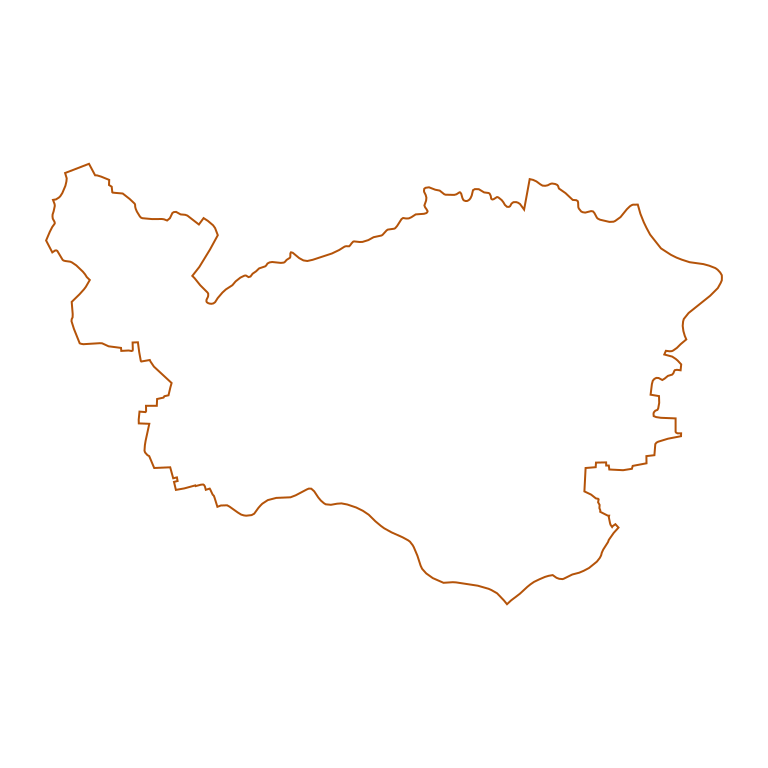 the district of Cam Giang, Hải Dương, Vietnam
{"feature_id": "81297802B85581314164043", "entity_name": "Cam Giang", "entity_type": "district", "adm_level": 2, "iso_a3": "VNM", "parent_name": "Vietnam", "parent_adm1": "Hải Dương", "projection": "orthographic", "projection_center": [106.206, 20.951], "detail": "fine", "context": "isolated", "style": "outline", "palette": "amber", "viewbox_px": 768, "rotation_deg": 0, "n_neighbors": 0, "source": "geoboundaries", "source_scale": "gbopen_adm2", "svg_char_len": 6076}
<svg xmlns="http://www.w3.org/2000/svg" viewBox="0 0 768 768"><path d="M507.0,604.2L511.1,600.4L519.8,593.8L527.4,586.8L530.5,584.3L534.0,581.9L539.4,579.3L545.0,576.9L548.7,575.8L552.7,575.1L556.5,577.8L559.2,578.8L562.6,579.1L563.8,578.7L572.3,574.5L579.2,572.7L583.7,570.8L589.0,568.0L596.9,561.6L599.8,557.9L601.1,555.4L601.8,552.7L603.2,549.6L608.0,542.1L608.8,539.9L613.7,532.9L618.5,527.6L615.4,524.2L612.7,526.1L612.1,527.0L610.5,524.7L610.0,523.0L608.8,517.1L609.1,515.7L607.9,515.7L600.2,511.8L600.3,510.3L599.4,508.1L599.6,504.9L598.1,502.3L598.6,499.3L598.1,498.8L595.9,498.4L591.1,494.6L584.4,491.4L585.6,468.0L595.7,467.2L596.0,462.6L606.1,462.4L606.2,465.5L608.8,465.5L609.3,469.5L623.1,470.2L631.9,468.8L632.7,465.9L646.5,463.3L646.4,456.1L654.4,455.2L655.3,444.1L656.5,442.6L658.2,441.7L668.0,438.7L681.0,436.2L681.1,433.3L677.4,433.3L676.1,432.6L675.6,431.8L675.6,418.4L660.9,417.8L656.2,417.1L653.7,416.1L653.5,413.9L653.8,412.4L655.3,410.7L657.4,409.9L658.2,408.4L659.2,402.9L659.0,396.1L650.6,394.7L651.9,384.1L652.8,380.7L654.4,378.9L656.3,377.9L658.6,378.0L662.3,380.0L664.5,378.7L667.9,375.9L672.2,374.6L673.4,373.2L674.2,371.1L674.8,370.2L676.9,369.8L680.6,370.3L681.2,364.4L677.7,360.6L675.7,358.9L672.2,356.6L664.3,354.5L665.9,350.8L669.7,351.3L671.9,351.1L673.2,350.5L676.9,347.9L680.6,344.2L686.3,339.4L684.8,335.9L683.4,331.1L682.7,325.9L683.1,321.5L683.8,319.0L688.6,313.0L710.1,295.8L717.8,288.1L720.7,282.9L721.8,280.3L721.9,277.5L721.8,275.2L720.2,272.5L717.6,269.7L715.4,268.1L709.2,265.7L703.4,264.1L689.6,262.2L681.9,259.7L676.5,257.6L670.9,254.8L661.0,248.4L650.1,234.6L646.5,227.9L643.8,222.3L640.4,213.8L637.8,204.6L632.9,204.7L631.6,205.2L629.9,206.3L626.9,209.2L620.5,217.1L615.1,221.0L613.5,221.7L609.4,221.9L600.0,219.7L597.8,218.6L596.9,217.7L594.4,213.0L593.0,211.4L591.1,211.1L585.2,212.6L582.7,212.2L581.2,211.5L578.8,208.5L578.3,207.1L578.1,202.3L577.7,201.1L576.3,200.2L572.7,199.9L565.5,193.1L558.9,188.5L558.1,186.0L557.2,184.9L555.2,184.0L552.0,183.5L550.4,183.9L547.7,185.3L545.2,185.8L542.5,185.6L540.3,184.3L536.4,181.4L533.1,179.9L529.7,179.1L524.1,209.6L520.0,204.0L518.0,202.7L516.2,202.1L513.4,202.2L511.5,203.6L510.1,206.2L508.9,206.9L507.0,206.8L504.9,204.9L503.4,202.3L501.7,200.1L498.6,197.6L497.6,197.1L496.9,197.1L493.8,199.1L492.6,199.5L491.7,199.2L491.2,198.6L490.7,195.8L489.6,193.6L488.6,193.0L484.1,192.4L478.8,189.2L474.9,189.1L473.0,190.2L471.7,195.6L470.5,198.2L469.4,199.6L468.1,200.5L467.0,201.0L465.5,201.0L463.9,200.4L463.2,199.7L462.4,198.0L461.2,193.7L460.2,192.4L459.5,192.3L456.4,194.3L454.2,194.9L445.5,194.7L444.2,194.2L439.7,190.6L435.2,189.7L429.0,187.3L425.6,187.8L424.3,188.7L424.0,190.5L424.1,191.8L425.7,195.0L426.4,197.7L426.1,200.6L424.4,205.4L425.1,207.3L426.5,209.2L427.6,211.2L427.2,212.3L426.3,213.1L424.0,213.8L415.7,214.4L411.4,217.2L408.8,218.4L406.1,218.5L403.1,218.0L401.5,219.1L397.1,226.0L395.2,228.2L394.2,228.7L387.8,229.6L386.6,230.4L382.5,234.9L381.5,235.5L373.6,237.2L368.3,240.1L362.5,241.9L359.7,242.0L354.0,241.4L353.1,241.7L351.6,243.3L350.0,245.5L349.1,246.3L346.1,246.2L344.6,246.6L339.2,250.0L331.9,253.5L312.7,259.8L307.3,261.0L303.4,260.4L299.2,258.1L292.8,252.8L291.0,252.3L290.4,253.3L290.3,256.9L289.9,257.8L286.6,259.9L285.0,261.8L283.8,262.6L280.8,262.9L272.2,262.0L269.6,262.4L267.5,263.5L266.1,265.6L265.1,266.4L259.1,268.4L256.1,271.3L252.6,273.7L250.5,276.5L248.5,277.1L246.1,275.6L245.4,275.5L244.3,275.7L240.4,277.6L235.6,281.4L232.4,285.2L225.9,289.4L222.4,292.6L217.7,298.1L215.1,302.2L213.4,303.4L211.5,303.8L209.6,303.6L208.1,303.1L206.8,302.2L206.4,301.2L206.5,299.8L208.0,296.7L208.2,295.6L208.2,293.7L207.6,292.6L200.2,285.2L194.6,278.2L192.3,275.9L199.3,267.0L210.0,249.5L217.8,235.2L215.1,228.1L213.1,225.3L207.9,220.9L203.6,218.1L198.9,224.5L187.4,215.6L185.2,214.8L180.6,214.4L176.1,211.9L173.8,212.1L172.4,213.0L169.9,218.2L167.1,220.5L164.0,219.3L161.9,219.0L152.3,219.1L142.4,218.2L141.1,217.7L139.9,216.5L136.9,211.6L135.7,208.8L135.2,206.8L135.1,204.8L134.7,203.7L129.6,198.9L122.7,193.5L115.5,192.9L112.7,192.6L112.3,192.3L111.7,186.7L109.0,185.0L109.2,179.9L101.1,176.6L97.1,175.4L95.1,175.3L89.0,163.8L65.1,173.0L66.7,178.3L66.4,181.5L65.4,185.8L62.3,193.1L60.3,196.2L59.0,197.5L56.0,199.4L53.0,199.9L54.6,204.1L54.8,205.9L53.6,211.4L52.6,214.5L52.5,216.5L52.8,218.7L54.5,221.8L54.8,223.1L54.5,223.9L52.3,226.9L49.8,231.8L46.1,240.5L52.3,252.4L55.1,250.5L56.3,250.4L57.3,250.9L62.6,259.8L63.5,260.5L65.2,261.0L70.3,261.7L71.9,262.4L76.3,265.4L82.9,271.7L85.1,274.4L86.8,277.1L89.8,280.0L85.8,286.9L84.0,289.3L79.5,294.3L71.7,301.9L72.7,314.1L72.6,317.3L71.7,319.2L71.5,321.2L73.9,328.8L79.7,343.3L81.1,343.8L83.3,344.2L99.7,343.2L102.1,343.3L108.6,346.3L121.0,347.9L121.3,350.9L128.7,350.5L131.6,351.0L132.6,350.6L132.8,349.4L132.6,342.5L137.9,342.3L139.2,352.1L140.8,360.9L141.3,361.5L149.8,360.0L150.4,361.4L153.9,366.6L171.6,383.0L170.4,387.3L168.5,395.3L164.4,396.2L163.5,397.6L157.1,399.0L156.8,405.8L146.0,405.8L146.1,411.1L145.5,412.1L139.5,411.6L138.7,419.7L138.8,423.4L149.3,423.8L145.6,440.8L144.9,445.1L144.5,450.7L145.1,452.5L147.4,455.1L149.2,456.1L154.2,468.0L170.2,467.3L173.2,478.3L176.9,477.4L177.6,481.0L174.0,481.9L175.9,489.9L184.3,488.4L195.3,485.4L195.6,486.1L200.9,484.7L203.2,484.5L204.0,485.0L204.9,486.4L205.8,489.8L209.7,488.6L210.1,489.2L212.7,494.7L213.8,495.7L214.5,497.5L217.4,506.8L220.9,505.5L227.1,505.3L229.5,506.6L237.8,512.5L241.2,514.6L243.9,515.4L246.2,515.7L251.6,515.1L254.2,513.7L258.4,507.9L260.6,505.4L262.3,503.7L267.8,500.1L276.3,497.9L290.5,497.3L295.7,495.3L306.9,489.4L308.8,488.6L311.3,488.7L314.2,491.3L318.3,497.5L320.9,500.6L323.9,503.2L325.7,504.3L330.9,504.8L337.1,503.7L341.5,503.4L347.3,504.5L356.2,507.5L362.9,510.8L368.7,514.7L375.4,521.3L380.9,525.9L384.2,528.3L391.6,532.4L402.6,537.3L408.1,540.3L410.0,541.7L411.2,543.3L412.7,545.2L413.8,547.2L417.4,555.7L420.6,565.6L422.1,568.8L426.2,573.4L432.8,578.1L443.5,582.8L452.8,582.2L456.1,582.4L477.8,585.7L488.6,588.8L491.3,590.0L497.1,593.3L504.0,600.5L507.0,604.2Z" fill="none" stroke="#b45309" stroke-width="2"/></svg>